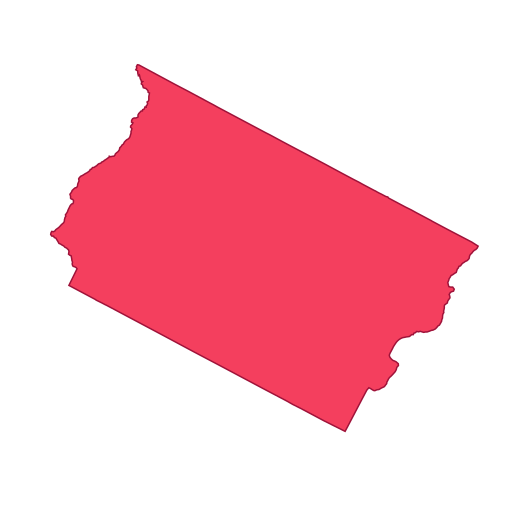 the district of Brasília, Distrito Federal, Brazil, rotated 208°
{"feature_id": "56859067B90477915212525", "entity_name": "Brasília", "entity_type": "district", "adm_level": 2, "iso_a3": "BRA", "parent_name": "Brazil", "parent_adm1": "Distrito Federal", "projection": "albers", "projection_center": [-47.765, -15.776], "detail": "fine", "context": "isolated", "style": "filled", "palette": "rose", "viewbox_px": 512, "rotation_deg": 208, "n_neighbors": 0, "source": "geoboundaries", "source_scale": "gbopen_adm2", "svg_char_len": 4821}
<svg xmlns="http://www.w3.org/2000/svg" viewBox="0 0 512 512"><g transform="rotate(208 256 256)"><path d="M449.6,364.0L447.4,363.9L446.1,361.8L444.5,360.0L444.0,361.2L441.3,358.1L440.2,357.4L439.2,356.4L438.0,356.8L438.5,355.3L438.1,354.1L436.4,353.7L435.4,352.6L434.5,351.7L431.8,352.2L430.2,351.7L429.0,351.2L428.1,349.9L426.6,349.9L426.1,348.5L425.6,346.7L423.9,343.4L423.8,342.0L424.5,340.8L423.3,339.8L423.0,338.3L423.4,337.0L422.8,335.9L424.0,335.5L423.7,333.2L424.8,332.0L424.4,330.8L425.5,330.1L426.0,328.2L426.4,326.8L426.4,325.0L425.4,323.5L426.1,322.3L427.2,321.2L428.4,320.7L429.4,319.3L429.5,317.4L428.7,315.7L427.2,315.8L427.1,314.3L427.7,312.0L427.3,310.9L425.5,310.3L425.0,308.9L424.8,307.2L424.0,305.8L423.7,304.1L423.3,302.4L423.3,300.9L423.7,299.5L424.7,298.0L425.3,296.3L425.7,294.6L425.6,292.6L426.4,291.1L426.5,289.4L427.1,287.7L426.5,285.5L426.8,283.4L427.6,281.6L428.1,280.1L427.9,278.7L428.3,277.4L429.5,276.7L431.0,275.4L432.4,275.2L432.1,274.1L432.8,273.0L433.3,271.8L434.0,270.5L434.7,269.4L435.2,267.9L436.3,266.6L436.7,265.0L438.0,263.8L438.7,262.4L439.1,260.8L439.9,259.7L440.4,258.4L441.9,257.3L442.1,255.4L443.0,254.6L442.9,253.2L443.4,251.9L444.5,249.8L445.4,248.6L446.2,247.1L447.1,245.6L448.3,244.0L448.8,242.0L448.8,240.8L447.5,239.2L447.4,237.7L447.2,235.9L446.4,233.8L446.6,232.2L447.7,231.3L448.3,229.9L448.7,228.7L449.1,227.5L448.9,226.3L449.0,224.8L449.3,223.2L448.3,222.2L447.5,221.3L447.0,220.1L445.9,219.6L444.5,219.9L443.2,219.3L442.4,217.6L442.2,216.3L443.1,215.5L443.5,214.3L443.7,213.1L443.6,211.1L443.6,209.7L443.5,208.3L443.2,206.2L443.4,204.2L443.6,202.9L442.6,201.8L442.7,200.3L442.4,199.1L442.1,197.9L441.5,196.7L441.5,195.0L442.3,193.0L442.8,191.4L443.1,190.0L443.6,188.4L444.4,186.8L445.2,185.1L445.3,183.8L446.2,182.4L447.9,181.8L447.9,180.2L447.4,178.6L445.7,177.7L444.0,178.5L442.8,177.6L441.0,177.8L439.4,176.8L437.5,175.7L435.9,174.6L434.2,174.8L432.5,174.6L430.5,174.6L428.8,174.0L426.9,174.1L425.8,173.7L424.6,173.5L423.2,172.1L422.4,169.6L420.9,169.3L419.1,169.3L418.3,168.1L417.3,166.9L416.5,165.7L415.1,164.4L414.6,162.7L413.7,161.7L412.6,161.0L411.3,161.3L409.5,161.4L408.0,160.7L407.4,142.2L383.5,142.2L377.7,142.2L376.4,142.0L370.0,142.2L366.4,142.2L364.8,142.3L361.8,142.3L349.5,142.3L343.6,142.3L339.5,142.3L336.8,142.3L331.7,142.3L330.1,142.3L328.5,142.3L310.4,142.3L299.4,142.3L266.4,142.2L233.3,142.3L184.4,142.3L161.0,142.4L153.8,142.2L145.2,142.4L118.3,142.4L95.0,143.0L95.0,148.9L95.2,180.5L95.2,185.0L95.2,186.6L95.2,188.1L95.2,189.6L94.5,192.7L92.6,192.7L91.3,192.6L90.0,192.5L88.8,192.5L87.8,192.9L86.5,194.6L84.8,195.8L84.1,196.9L83.3,198.3L82.2,199.7L81.3,201.0L81.0,203.1L80.7,204.6L81.3,206.3L81.2,207.7L81.3,209.3L81.1,211.4L80.5,212.8L80.1,214.1L79.7,215.5L79.3,217.1L78.8,219.2L78.8,221.4L79.4,223.8L78.8,226.1L79.8,227.7L81.5,228.1L82.8,228.4L84.7,228.3L86.3,228.1L88.2,228.6L90.1,229.4L91.5,230.6L91.9,231.7L92.0,233.4L92.0,235.3L92.0,237.1L92.0,238.6L92.1,240.1L92.0,241.9L91.8,243.9L91.6,245.7L91.2,247.4L90.5,249.3L89.2,251.5L88.1,252.8L86.7,253.9L85.3,255.1L83.9,256.1L82.8,256.9L82.2,258.1L81.7,259.6L80.2,260.4L80.4,261.9L79.2,263.2L78.7,264.8L76.8,265.4L75.6,266.6L74.1,266.9L72.1,267.3L70.8,268.4L69.2,269.3L67.6,271.0L66.3,272.6L64.9,273.7L63.4,275.8L62.8,277.9L62.5,279.7L61.6,281.1L61.5,283.8L61.5,285.5L62.0,286.8L62.2,288.7L62.9,290.2L63.4,291.4L63.7,292.6L63.6,294.2L64.5,295.5L65.1,297.8L65.6,299.1L66.2,300.1L66.5,301.3L65.8,302.8L65.0,304.4L65.5,305.7L65.5,307.2L65.3,308.6L65.1,310.1L66.1,311.6L67.4,312.7L67.3,314.9L66.6,316.2L65.1,317.7L65.4,319.8L67.7,320.9L69.6,319.9L71.4,319.5L72.8,321.0L74.2,322.6L74.4,324.7L74.8,326.7L74.6,328.7L74.6,330.4L73.7,331.5L73.1,332.7L72.4,334.1L71.5,335.5L72.0,338.1L72.1,339.4L71.7,340.5L72.0,342.1L70.8,343.3L70.6,344.7L70.3,346.4L69.4,347.9L68.6,349.6L67.6,350.7L66.8,352.8L66.7,354.0L67.1,355.2L67.5,356.6L67.4,358.1L66.8,359.8L66.5,361.7L65.9,363.6L65.0,364.8L64.4,366.8L64.5,369.0L72.1,369.6L98.3,369.4L111.3,369.4L116.6,369.4L117.9,369.5L119.3,369.5L125.4,369.5L131.4,369.5L134.9,369.5L140.7,369.6L146.8,369.4L149.0,369.4L150.5,369.4L152.2,369.4L154.0,369.4L155.9,369.4L157.1,369.4L158.4,369.4L160.4,369.4L161.8,369.4L163.6,369.4L166.2,369.4L167.3,370.0L169.2,369.5L170.6,369.5L172.1,369.5L174.7,369.5L176.3,369.4L177.8,369.4L179.4,369.4L181.0,369.5L182.2,369.4L184.0,369.4L186.2,369.4L188.5,369.4L190.3,369.4L192.0,369.4L193.5,369.4L195.7,369.4L199.7,369.5L205.6,369.4L207.1,369.4L210.7,369.4L217.3,369.4L219.8,369.4L237.4,369.5L242.4,369.5L246.2,369.5L249.2,369.5L276.9,369.4L279.2,369.4L286.2,369.4L300.8,369.5L305.2,369.4L323.0,369.4L327.5,369.4L335.6,369.4L352.2,369.4L359.5,369.4L364.4,369.5L370.1,369.5L393.5,369.6L408.1,369.5L447.1,369.7L449.1,369.7L450.5,369.2L450.5,367.0L449.5,366.0L449.6,364.0Z" fill="#f43f5e" stroke="#9f1239" stroke-width="1.5"/></g></svg>